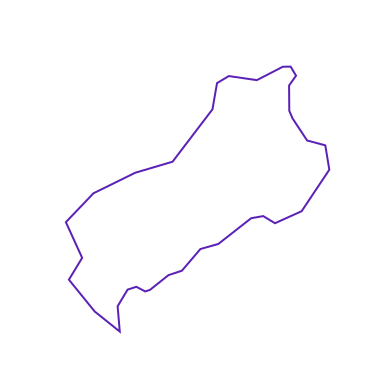 the border of Wakefield, rotated 327°
{"feature_id": "GBR-5675", "entity_name": "Wakefield", "entity_type": "Metropolitan Borough", "adm_level": 1, "iso_a3": "GBR", "parent_name": "United Kingdom", "parent_adm1": "", "projection": "natural_earth1", "projection_center": [-1.408, 53.656], "detail": "fine", "context": "isolated", "style": "outline", "palette": "violet", "viewbox_px": 384, "rotation_deg": 327, "n_neighbors": 0, "source": "natural_earth", "source_scale": "10m", "svg_char_len": 576}
<svg xmlns="http://www.w3.org/2000/svg" viewBox="0 0 384 384"><g transform="rotate(327 192 192)"><path d="M55.4,269.7L45.3,239.2L41.0,198.5L64.0,187.4L69.8,148.6L108.7,139.4L154.8,144.9L192.2,156.0L254.2,133.8L272.3,114.3L286.0,114.8L307.3,133.5L336.4,136.4L343.0,140.6L342.6,151.1L331.4,155.6L317.8,176.9L316.4,185.1L316.6,211.5L329.2,225.5L319.3,248.1L273.5,267.8L244.6,263.4L238.6,251.0L227.3,246.2L185.8,249.9L168.0,244.4L140.7,252.5L126.9,248.9L103.5,251.2L98.6,249.9L93.7,241.2L84.8,238.8L67.4,247.3L55.4,269.7Z" fill="none" stroke="#5b21b6" stroke-width="2"/></g></svg>